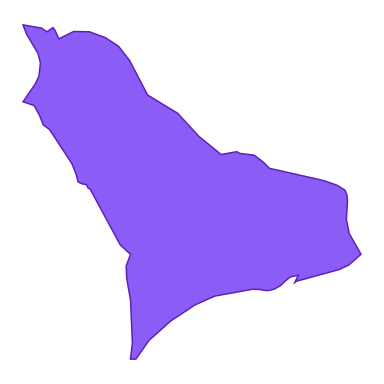 the Province of Western
{"feature_id": "SLE-761", "entity_name": "Western", "entity_type": "Province", "adm_level": 1, "iso_a3": "SLE", "parent_name": "Sierra Leone", "parent_adm1": "", "projection": "natural_earth1", "projection_center": [-13.113, 8.336], "detail": "fine", "context": "isolated", "style": "filled", "palette": "violet", "viewbox_px": 384, "rotation_deg": 0, "n_neighbors": 0, "source": "natural_earth", "source_scale": "10m", "svg_char_len": 954}
<svg xmlns="http://www.w3.org/2000/svg" viewBox="0 0 384 384"><path d="M294.7,282.7L298.3,275.2L290.4,277.0L285.4,280.9L280.8,285.4L274.4,289.1L268.4,290.6L264.6,290.4L260.4,289.6L253.3,289.1L214.7,296.1L194.8,305.0L170.7,321.0L149.0,340.4L135.9,359.1L130.5,359.1L132.4,343.0L130.5,299.8L126.7,278.4L126.2,265.9L130.5,254.4L120.2,244.8L89.9,188.7L88.2,188.2L86.3,184.6L82.2,183.9L78.1,182.0L76.2,174.3L71.8,163.5L49.6,129.6L43.3,125.0L39.4,115.1L34.1,105.5L23.0,101.8L35.1,84.2L39.0,76.0L40.4,63.0L38.0,53.4L26.6,34.3L23.0,24.9L41.7,28.1L46.9,31.8L52.9,27.6L54.9,30.1L58.9,38.8L73.7,31.5L89.5,31.8L105.1,37.5L118.6,46.3L129.7,60.7L147.6,95.0L177.7,113.3L198.9,136.4L221.1,154.5L236.8,151.7L239.7,153.4L254.3,155.2L263.6,162.4L269.3,168.3L323.8,180.6L336.9,185.2L345.0,190.2L346.9,194.8L347.5,200.7L346.4,219.3L349.2,233.5L361.0,254.2L349.0,264.9L339.2,269.5L296.3,281.3L294.9,282.6L294.7,282.7Z" fill="#8b5cf6" stroke="#5b21b6" stroke-width="1.5"/></svg>